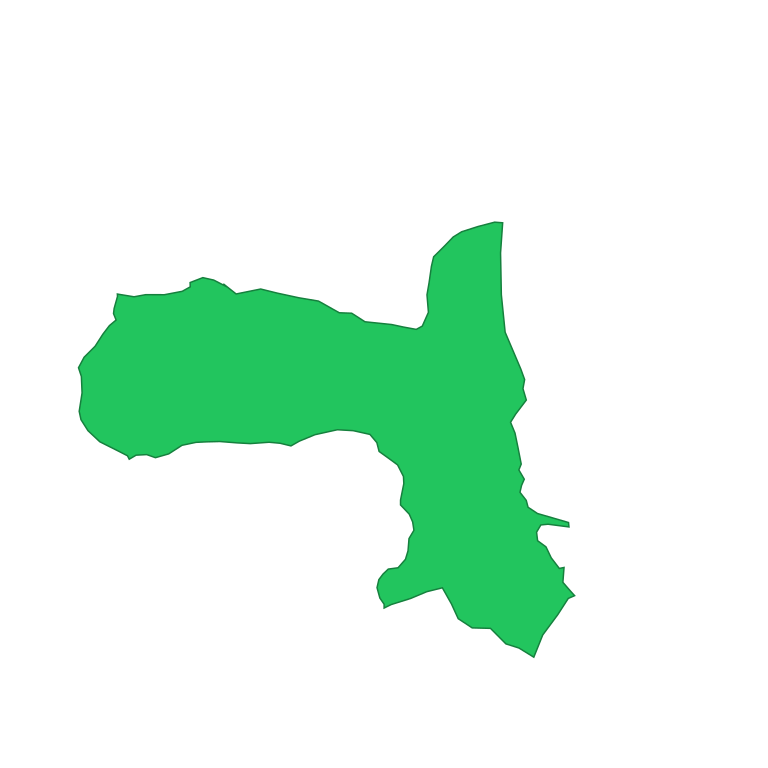 outline of Lemesos, Limassol, Cyprus, rotated 302°
{"feature_id": "46923920B90408698000356", "entity_name": "Lemesos", "entity_type": "district", "adm_level": 2, "iso_a3": "CYP", "parent_name": "Cyprus", "parent_adm1": "Limassol", "projection": "albers", "projection_center": [33.018, 34.691], "detail": "fine", "context": "isolated", "style": "filled", "palette": "green", "viewbox_px": 768, "rotation_deg": 302, "n_neighbors": 0, "source": "geoboundaries", "source_scale": "gbopen_adm2", "svg_char_len": 1899}
<svg xmlns="http://www.w3.org/2000/svg" viewBox="0 0 768 768"><g transform="rotate(302 384 384)"><path d="M305.5,657.8L307.4,651.2L310.6,640.8L323.8,633.9L320.5,630.4L325.2,617.9L331.7,607.7L332.5,597.3L339.2,591.9L347.6,591.7L352.0,597.4L360.8,616.6L364.3,613.9L355.5,582.8L355.8,571.5L360.7,566.3L364.2,556.7L370.9,554.4L377.6,553.4L382.6,543.9L388.8,542.8L401.1,531.3L411.8,521.1L418.6,511.6L428.3,511.6L445.8,513.2L453.7,504.3L462.3,500.9L469.1,492.2L492.1,459.3L521.9,436.2L556.9,413.4L583.6,399.2L583.4,398.8L579.9,392.1L567.4,380.3L554.3,369.2L545.4,364.8L533.1,362.2L530.5,361.6L518.2,358.7L508.8,361.9L505.0,363.6L493.9,368.5L482.4,373.2L468.3,383.7L453.4,385.8L447.4,382.4L442.6,370.3L438.5,359.0L426.7,334.9L426.9,319.1L420.7,308.3L419.6,284.5L412.0,266.1L404.5,245.3L399.2,229.1L382.0,210.9L383.8,194.7L382.9,196.6L381.9,184.5L378.2,174.0L367.3,165.8L363.7,168.2L355.7,163.8L343.3,150.4L333.5,134.6L325.5,125.8L319.8,112.2L319.0,110.2L317.0,111.6L305.1,115.1L300.4,117.3L296.3,122.9L288.0,120.2L277.3,119.2L262.9,119.0L247.8,115.5L235.9,116.3L230.0,123.4L216.4,132.7L199.3,140.0L193.2,145.9L187.5,157.8L187.5,158.0L184.4,173.6L186.4,195.0L187.2,204.5L185.2,207.8L192.3,211.5L198.4,220.2L200.4,229.2L210.7,238.5L225.0,245.2L234.9,255.5L241.0,264.3L248.2,275.2L256.1,290.4L262.6,302.2L273.7,317.4L278.7,327.3L282.2,337.9L290.7,342.5L304.4,352.3L320.5,368.7L328.1,382.6L333.8,398.8L330.5,409.0L324.2,415.6L323.4,427.9L322.6,438.4L315.9,449.5L310.0,453.6L294.4,459.5L290.2,462.1L287.0,474.4L282.2,481.4L275.8,486.9L266.2,487.1L255.2,492.8L246.7,495.1L235.6,493.3L229.3,485.7L222.3,483.9L215.4,483.3L207.6,486.0L200.3,493.9L197.3,500.8L194.1,502.8L200.8,507.0L216.2,520.2L230.5,530.3L242.1,541.5L233.2,557.8L224.3,571.3L223.9,588.0L233.2,603.8L228.2,625.1L231.6,638.3L231.7,655.8L255.3,651.6L280.5,653.6L299.8,653.9L305.5,657.8Z" fill="#22c55e" stroke="#15803d" stroke-width="1.5"/></g></svg>